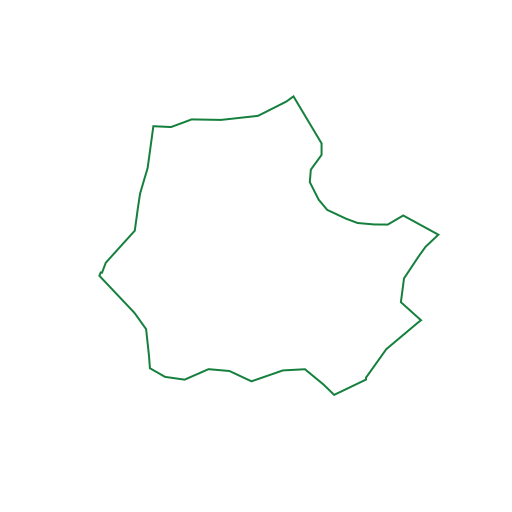 the district of Anyang-si, Gyeonggi, South Korea, rotated 230°
{"feature_id": "91817680B30491742711894", "entity_name": "Anyang-si", "entity_type": "district", "adm_level": 2, "iso_a3": "KOR", "parent_name": "South Korea", "parent_adm1": "Gyeonggi", "projection": "mercator", "projection_center": [126.93, 37.391], "detail": "fine", "context": "isolated", "style": "outline", "palette": "green", "viewbox_px": 512, "rotation_deg": 230, "n_neighbors": 0, "source": "geoboundaries", "source_scale": "gbopen_adm2", "svg_char_len": 823}
<svg xmlns="http://www.w3.org/2000/svg" viewBox="0 0 512 512"><g transform="rotate(230 256 256)"><path d="M100.7,341.1L127.5,337.3L143.7,355.0L151.1,380.1L154.1,391.9L155.1,409.4L192.4,394.8L195.4,377.1L204.2,366.8L216.0,355.0L226.4,349.1L245.5,340.2L255.0,340.2L258.8,340.2L278.0,344.7L286.9,353.5L291.3,371.2L300.1,378.6L354.2,387.3L354.8,378.6L362.1,347.6L382.8,316.6L402.0,294.5L409.4,273.8L421.4,260.8L393.1,229.6L378.4,207.4L368.0,195.6L353.3,179.4L350.3,157.3L347.4,136.6L342.2,127.3L343.2,126.4L341.5,123.3L291.3,126.3L290.7,126.2L289.8,126.3L270.6,124.8L248.5,110.0L238.2,102.6L221.9,108.6L207.2,121.8L200.2,145.6L199.8,146.9L185.0,161.7L162.9,172.0L151.1,203.0L137.8,220.7L114.2,225.1L99.4,226.6L90.6,260.9L92.1,262.0L100.9,296.0L100.9,337.3L100.7,341.1Z" fill="none" stroke="#15803d" stroke-width="2"/></g></svg>